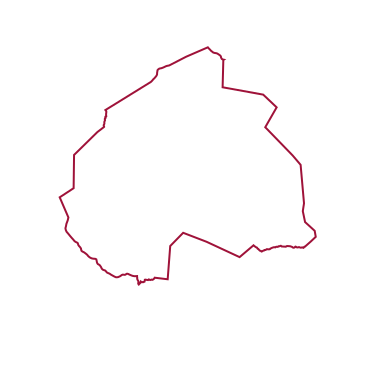 Santa Rita, Copán, Honduras (Albers equal-area conic projection), rotated 315°
{"feature_id": "27666195B5309691152519", "entity_name": "Santa Rita", "entity_type": "district", "adm_level": 2, "iso_a3": "HND", "parent_name": "Honduras", "parent_adm1": "Copán", "projection": "albers", "projection_center": [-89.049, 14.871], "detail": "fine", "context": "isolated", "style": "outline", "palette": "rose", "viewbox_px": 384, "rotation_deg": 315, "n_neighbors": 0, "source": "geoboundaries", "source_scale": "gbopen_adm2", "svg_char_len": 5215}
<svg xmlns="http://www.w3.org/2000/svg" viewBox="0 0 384 384"><g transform="rotate(315 192 192)"><path d="M229.8,308.5L230.3,308.8L230.7,309.0L230.9,309.2L231.0,309.6L231.1,309.9L231.2,310.2L231.3,310.3L231.7,310.3L231.8,310.3L232.2,310.2L232.5,310.1L232.8,310.2L232.8,310.3L233.0,310.5L240.9,311.0L247.8,311.2L251.3,306.2L250.7,293.2L256.8,283.9L263.2,279.2L288.0,249.6L289.0,237.4L289.6,198.0L311.7,192.0L311.2,173.5L287.7,139.6L307.5,120.8L308.0,120.9L307.8,120.6L307.7,120.4L307.5,120.2L307.4,119.9L307.3,119.6L307.3,119.4L307.2,119.2L307.2,118.9L307.4,118.2L307.5,117.9L307.6,117.5L307.8,117.2L308.2,116.7L308.3,116.4L308.4,116.0L308.4,115.7L308.4,115.2L308.4,114.9L308.1,113.5L307.9,112.4L307.8,112.0L307.6,111.6L307.3,111.0L306.7,110.2L306.2,109.5L306.0,109.1L305.8,108.7L305.6,108.3L305.6,107.9L305.5,107.1L305.3,105.4L305.4,104.4L305.4,103.2L305.4,102.8L305.4,101.9L305.5,100.9L283.5,92.2L265.4,86.4L263.1,84.9L262.1,84.5L260.1,83.8L258.9,83.3L257.7,82.7L256.9,82.1L256.0,81.6L254.6,81.4L253.7,81.5L252.8,82.2L251.8,82.9L251.2,83.4L250.5,84.1L249.3,84.6L248.1,84.8L246.7,84.9L245.5,85.0L244.6,84.9L243.6,85.0L242.6,85.1L240.8,85.1L188.7,72.8L188.6,73.2L188.6,73.8L188.6,74.0L188.4,74.4L188.1,74.7L187.7,75.1L187.2,75.5L186.5,76.0L185.7,76.8L185.5,77.0L185.2,77.5L185.0,77.8L184.8,77.8L184.7,77.8L184.4,77.6L184.1,77.5L183.9,77.6L183.7,77.7L183.7,77.9L183.7,78.1L183.5,78.4L183.4,78.5L183.2,78.5L182.9,78.5L182.7,78.5L182.3,78.5L182.2,78.6L181.9,78.9L181.7,79.0L181.6,79.3L181.4,79.6L181.2,79.7L181.0,79.9L180.7,80.0L180.0,80.2L179.7,80.5L179.4,80.6L179.2,80.8L178.8,81.2L178.6,81.5L178.3,81.7L178.1,81.8L177.8,82.0L177.4,82.1L177.2,82.1L176.8,82.4L176.6,82.5L176.4,82.9L176.3,83.2L176.2,83.4L176.1,83.6L175.9,83.8L167.4,82.7L134.8,82.4L111.0,105.6L94.7,102.2L86.6,122.6L84.0,124.2L80.7,125.7L78.5,127.2L76.9,128.1L75.9,129.6L75.2,131.4L75.0,134.0L74.7,137.0L74.5,139.5L74.4,141.6L74.2,143.7L74.4,144.9L74.7,145.8L75.1,147.1L74.7,148.1L74.2,148.9L73.9,150.3L73.9,151.1L73.8,152.3L73.5,153.5L72.8,154.5L72.3,155.4L72.4,156.6L73.0,158.3L73.3,160.2L73.5,162.3L73.3,163.7L73.4,165.6L73.7,166.8L74.2,168.1L75.0,169.3L75.8,170.2L76.5,171.1L76.7,172.0L76.0,173.1L75.0,174.6L74.6,175.6L74.5,176.5L74.8,177.4L75.0,178.7L74.6,180.8L74.0,182.4L74.0,183.8L74.6,185.2L75.0,185.8L75.1,187.2L74.9,188.6L75.3,189.9L75.7,190.8L76.0,191.6L76.2,192.9L76.5,194.0L76.9,195.4L77.4,197.1L77.9,198.4L78.6,199.2L79.7,200.0L81.9,200.8L83.5,201.0L84.5,201.4L85.0,201.9L85.5,202.6L85.9,203.0L86.5,203.4L87.9,203.6L88.5,204.1L89.0,205.0L89.3,206.0L90.1,208.0L90.7,209.3L91.3,210.2L92.0,211.1L93.7,212.6L93.4,212.9L93.1,213.2L92.9,213.5L92.5,214.1L92.3,214.2L92.0,214.5L91.8,214.8L91.6,215.1L91.5,215.4L91.3,215.9L91.2,216.3L91.2,216.6L91.1,216.8L90.9,217.2L90.7,217.5L90.5,217.8L89.4,218.5L89.2,218.9L89.1,219.1L89.0,219.3L88.9,219.6L88.9,219.8L89.0,219.8L89.3,219.8L89.6,219.7L89.9,219.7L90.4,219.8L90.6,219.8L90.9,219.7L91.5,219.4L92.2,219.3L92.4,219.2L92.4,219.3L92.5,219.3L92.5,219.5L92.4,219.8L92.4,220.1L92.7,220.4L93.1,220.6L93.3,220.8L93.6,220.9L93.8,221.0L93.9,221.3L94.0,221.3L94.5,221.6L95.0,221.8L95.1,221.7L95.5,221.5L95.9,221.3L96.1,221.1L96.3,220.9L96.6,220.7L96.8,220.8L97.0,220.9L97.1,221.1L97.4,221.5L97.7,221.9L98.2,222.6L98.4,222.9L98.6,223.2L98.9,223.3L99.0,223.3L99.3,223.3L99.4,223.2L99.6,223.2L99.7,223.3L100.0,224.3L100.1,224.6L100.3,224.7L100.4,224.8L100.7,225.0L101.3,225.2L101.4,225.3L101.5,225.5L101.7,225.8L101.8,226.0L102.0,226.2L102.2,226.3L102.5,226.3L103.3,226.4L104.1,226.5L104.5,226.4L105.0,226.2L113.1,236.5L138.4,214.8L156.9,214.6L167.1,237.5L179.6,271.7L197.8,273.2L197.8,273.5L197.9,274.4L198.1,275.9L198.2,276.2L198.3,276.6L198.4,276.8L198.5,277.1L198.6,277.3L198.5,277.6L198.5,277.8L198.4,278.1L198.3,278.4L198.3,278.6L198.4,278.9L198.6,279.1L198.6,279.3L198.6,279.5L198.5,280.0L198.5,280.3L198.5,280.9L198.5,281.4L198.6,281.7L198.7,281.9L198.8,282.0L199.0,282.3L199.1,282.5L199.0,282.9L199.1,283.1L199.2,283.4L199.3,283.4L201.3,284.0L201.5,284.2L201.6,284.3L201.8,284.4L202.2,284.3L202.3,284.3L202.5,284.5L202.9,284.9L203.1,285.0L203.3,285.1L203.6,285.1L204.0,285.2L204.3,285.3L204.6,285.4L204.7,285.6L204.9,285.8L205.1,286.2L205.4,286.5L205.9,286.9L206.3,287.3L206.5,287.4L206.9,287.5L207.2,287.4L207.4,287.5L207.8,287.6L209.2,288.1L210.2,288.6L210.6,288.8L211.0,289.1L211.2,289.3L211.5,289.7L211.6,289.9L211.7,290.0L211.9,290.0L212.0,290.1L212.4,290.2L212.6,290.2L212.9,290.4L213.1,290.5L213.3,290.8L213.6,291.2L213.7,291.3L213.8,291.4L214.0,291.5L214.3,291.6L214.6,291.5L214.8,291.6L215.0,291.7L215.3,292.1L215.6,292.3L215.9,292.4L216.3,292.5L216.6,292.7L216.8,292.9L216.8,293.0L216.9,293.5L216.9,293.9L217.1,294.1L218.2,295.4L219.4,296.7L219.6,297.0L219.8,297.1L220.0,297.1L220.3,297.1L220.6,297.2L220.7,297.3L221.3,297.7L221.8,298.3L222.4,299.0L222.9,299.6L223.2,300.0L223.4,300.5L223.8,301.3L223.9,301.6L224.0,301.8L224.0,302.4L224.1,302.6L224.2,302.9L224.3,303.1L224.8,303.5L225.0,303.6L225.3,303.7L225.6,303.8L225.8,303.7L226.0,303.7L226.4,303.7L226.6,303.8L226.7,304.0L226.8,304.5L226.9,305.0L227.0,305.3L227.2,305.6L227.3,305.7L227.5,305.8L227.8,306.1L228.4,306.5L228.7,306.6L229.0,307.3L229.3,307.9L229.5,308.2L229.8,308.5Z" fill="none" stroke="#9f1239" stroke-width="2"/></g></svg>